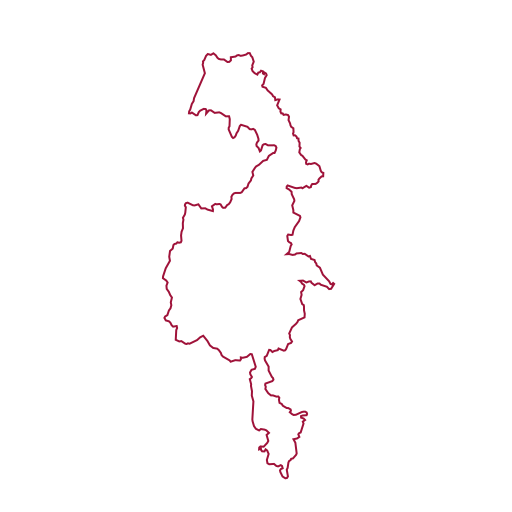 the district of Conceição do Mato Dentro, Minas Gerais, Brazil, rotated 41°
{"feature_id": "56859067B89792932803037", "entity_name": "Conceição do Mato Dentro", "entity_type": "district", "adm_level": 2, "iso_a3": "BRA", "parent_name": "Brazil", "parent_adm1": "Minas Gerais", "projection": "mercator", "projection_center": [-43.489, -18.933], "detail": "fine", "context": "isolated", "style": "outline", "palette": "rose", "viewbox_px": 512, "rotation_deg": 41, "n_neighbors": 0, "source": "geoboundaries", "source_scale": "gbopen_adm2", "svg_char_len": 6153}
<svg xmlns="http://www.w3.org/2000/svg" viewBox="0 0 512 512"><g transform="rotate(41 256 256)"><path d="M251.3,169.6L252.2,168.0L251.4,166.6L251.2,164.8L253.7,162.5L254.2,160.6L254.3,158.7L253.1,157.4L253.0,155.9L253.3,152.9L254.4,151.8L252.3,149.1L250.6,149.7L249.0,149.2L244.9,146.6L240.9,146.8L239.2,147.4L237.1,150.5L235.4,151.6L234.9,153.0L233.4,153.5L232.2,152.4L231.5,150.5L230.0,150.8L225.3,149.9L223.8,150.2L220.7,149.4L219.0,146.6L218.8,145.2L217.0,144.9L214.6,141.9L212.6,141.2L211.0,139.5L209.7,140.2L208.2,139.3L206.3,139.3L205.3,140.3L203.6,139.3L203.1,137.9L200.4,135.1L197.8,135.4L196.2,134.7L194.8,133.6L191.4,132.1L189.5,129.2L187.7,128.6L185.7,129.6L184.2,131.4L182.6,130.9L181.5,131.8L179.7,131.0L178.4,129.2L176.3,129.6L173.1,128.4L171.1,122.5L169.7,123.5L168.3,125.7L166.2,123.8L164.0,124.2L162.2,123.5L156.1,123.4L153.1,122.6L149.9,124.0L148.7,123.2L148.8,121.2L146.0,115.8L145.4,112.5L143.9,111.7L141.9,112.0L142.7,113.5L141.5,113.7L140.0,112.1L138.2,112.9L138.4,114.8L137.4,116.1L138.0,118.2L135.0,118.9L132.1,118.7L129.8,117.5L129.6,115.8L128.1,114.6L126.8,110.8L122.8,108.4L120.8,108.2L118.2,107.0L116.8,108.2L116.4,110.4L114.5,113.3L113.1,115.0L111.1,115.7L110.1,117.0L109.7,118.9L106.6,122.5L108.7,124.8L108.5,127.0L107.2,128.3L102.9,128.7L100.4,130.8L98.5,131.7L96.8,131.7L94.0,130.9L90.9,131.0L90.0,133.8L87.1,135.2L87.0,137.7L88.4,142.1L88.3,143.9L89.4,144.9L90.2,146.6L97.5,151.6L105.7,177.5L107.3,180.1L107.8,183.3L110.3,188.7L110.7,190.7L111.8,192.3L113.0,191.4L113.5,189.8L118.4,189.2L119.4,188.1L118.4,184.9L118.5,183.0L120.0,179.3L121.6,178.1L123.1,178.6L125.0,181.3L125.0,176.9L126.5,175.6L130.9,175.1L134.0,171.7L135.8,171.1L141.6,170.4L144.0,168.2L146.4,169.9L150.9,175.5L151.2,177.0L152.3,178.4L159.6,181.9L161.3,182.0L161.9,180.5L161.7,178.4L160.8,176.2L160.4,173.2L158.5,168.5L158.6,166.8L164.8,164.1L168.0,164.4L169.5,163.4L170.5,161.9L172.4,161.6L177.3,163.7L180.9,165.9L182.2,167.2L182.3,169.7L183.0,171.5L184.3,172.6L187.1,172.8L190.3,174.5L190.5,173.1L188.3,168.0L188.6,166.6L189.7,165.2L192.5,164.6L197.1,160.5L198.7,160.1L200.3,160.8L201.7,163.5L202.4,166.1L201.4,166.9L200.0,172.0L201.1,176.3L199.0,179.5L198.4,185.2L197.3,188.4L197.4,190.3L198.1,194.9L201.1,197.0L201.6,200.5L202.6,202.3L202.8,206.2L204.2,209.4L204.0,211.3L202.9,212.5L203.4,217.3L202.7,218.8L199.1,221.9L198.3,223.2L198.1,225.3L198.6,227.5L200.2,229.0L201.3,232.5L201.4,234.8L200.8,236.5L201.1,239.7L199.6,241.2L198.1,241.2L195.5,240.3L194.3,240.7L192.4,242.8L191.1,243.4L190.1,247.4L192.9,249.0L194.0,250.4L188.9,252.8L186.4,253.3L183.5,256.0L178.6,254.8L176.5,258.1L175.1,259.1L169.4,260.6L168.4,262.2L168.6,263.6L169.3,264.7L171.0,265.2L174.2,269.7L175.1,271.4L175.8,275.1L177.4,276.2L179.2,279.2L182.7,283.0L183.9,286.5L186.0,289.7L189.8,293.4L190.3,295.0L189.2,296.5L187.7,297.2L187.7,298.9L186.6,300.4L186.5,301.9L188.3,305.1L187.8,308.6L191.0,313.5L194.2,316.1L195.9,324.4L199.2,332.3L200.3,333.8L204.3,333.4L206.7,334.0L207.9,337.2L210.2,339.4L213.6,340.2L217.0,341.8L219.8,342.5L222.1,346.9L224.4,348.7L225.8,351.6L226.0,354.2L227.9,358.8L227.1,361.3L227.5,362.8L230.2,363.8L233.1,362.4L235.1,362.5L237.8,363.6L239.8,363.7L242.1,360.9L243.7,362.1L244.4,364.2L250.4,371.9L254.2,370.8L255.5,369.2L260.2,368.6L261.4,367.9L261.9,366.6L263.4,365.8L266.7,358.1L267.2,354.0L268.5,350.8L275.1,352.0L279.9,353.7L284.0,353.5L287.5,351.4L289.7,351.4L293.1,352.2L294.9,353.3L297.0,353.6L304.6,352.1L306.2,352.4L308.7,348.2L312.5,345.4L312.4,343.9L311.1,342.5L312.7,341.6L315.3,338.1L316.0,333.7L317.3,332.9L328.5,339.8L329.2,341.9L327.3,344.8L327.9,347.8L329.3,349.0L332.3,350.0L332.5,351.4L332.1,353.0L336.5,356.0L337.4,357.3L341.7,360.7L344.4,364.1L349.4,367.4L360.5,381.8L361.9,383.0L366.1,385.7L369.3,386.5L372.8,385.6L373.2,383.4L376.4,381.4L378.2,380.8L381.8,381.0L381.4,384.1L386.6,387.5L387.1,389.6L386.9,394.9L384.3,396.8L384.1,398.4L385.2,399.9L386.1,398.2L387.4,399.2L388.8,399.4L390.6,397.9L390.1,395.6L392.1,395.5L395.4,397.1L398.0,402.8L400.6,404.9L402.6,404.5L406.0,401.1L409.1,401.1L410.7,400.3L411.9,397.6L413.4,397.4L415.4,398.7L414.5,400.6L414.8,402.1L416.2,403.1L420.7,405.0L424.0,404.5L425.0,403.2L424.7,401.4L419.4,397.1L418.9,395.2L415.9,390.5L415.5,388.9L416.0,387.4L415.6,386.0L416.7,384.5L416.7,379.7L416.2,378.3L408.2,371.1L404.5,369.7L406.7,366.8L407.4,364.1L404.9,362.8L404.8,361.3L405.5,359.9L401.8,351.3L400.0,350.3L400.6,347.6L398.5,347.4L396.1,348.4L395.0,347.3L395.9,345.7L398.6,343.0L398.2,341.7L396.9,340.9L395.3,341.2L394.2,342.1L393.0,343.6L390.3,349.6L388.7,351.3L386.9,351.7L384.0,351.7L383.9,349.9L382.8,349.1L380.1,349.6L378.9,350.6L374.5,351.4L372.5,350.8L370.1,351.4L367.6,349.4L366.6,347.7L365.0,347.4L363.7,348.7L360.2,350.1L358.7,351.4L355.2,351.5L350.3,350.2L349.2,348.3L347.5,347.4L346.8,346.1L350.4,339.7L350.3,337.9L349.0,337.0L347.2,336.8L340.7,334.2L338.1,331.2L331.3,328.9L329.9,327.9L328.9,326.5L329.6,324.3L327.5,318.2L328.6,317.5L331.4,317.7L332.1,315.7L334.2,312.8L333.7,311.0L339.1,309.2L339.9,308.0L339.7,306.3L338.0,301.4L339.5,298.6L339.3,296.9L336.2,296.0L334.7,295.0L333.5,293.4L331.9,292.7L330.0,286.3L330.7,280.8L330.6,278.5L330.0,276.8L332.9,270.5L330.7,267.6L328.0,265.6L325.2,262.5L324.2,261.7L322.5,262.0L317.7,259.3L315.9,255.4L313.7,253.6L314.0,250.9L312.4,246.9L311.1,246.3L308.9,246.6L307.0,246.0L305.2,246.1L307.6,243.7L311.4,242.9L312.7,240.4L314.0,239.2L315.4,239.8L319.4,239.6L320.5,236.4L322.0,235.1L323.7,235.2L329.7,232.7L332.9,233.0L334.2,231.5L333.3,225.8L331.9,225.8L331.8,227.7L330.6,228.2L327.8,227.1L318.7,226.2L311.9,222.9L308.0,223.3L306.4,222.1L304.6,221.8L302.8,220.6L299.4,222.1L296.7,220.6L296.0,221.9L291.3,222.4L290.0,223.8L288.3,224.0L284.9,227.5L284.5,229.3L282.9,231.2L279.8,232.7L277.9,234.6L278.4,231.2L275.6,225.6L275.3,223.9L273.8,223.3L272.2,223.8L270.3,223.7L266.5,220.4L266.2,218.7L268.8,217.1L269.6,216.0L267.5,212.3L266.3,208.7L265.6,201.4L264.2,197.7L262.8,196.9L255.7,198.7L254.1,196.9L250.1,194.0L248.8,189.2L247.5,188.1L242.4,185.9L240.7,184.2L237.3,184.1L234.6,184.7L233.6,183.4L233.6,182.0L240.5,179.2L242.3,178.1L245.3,174.6L246.6,174.4L248.0,170.0L251.3,169.6Z" fill="none" stroke="#9f1239" stroke-width="2"/></g></svg>